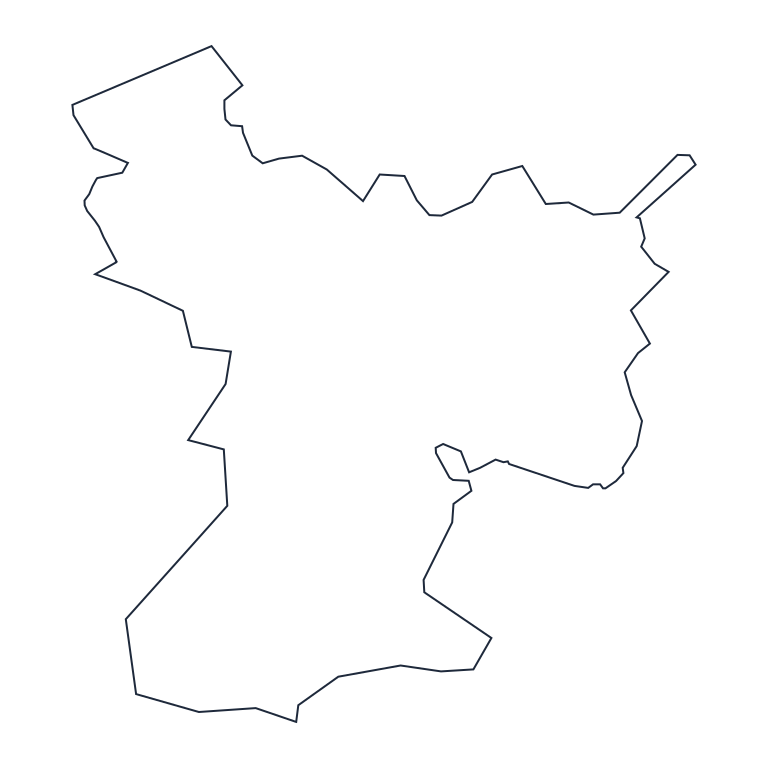 outline of Um Dam Haj Ahmed, North Kordufan, Sudan, rotated 90°
{"feature_id": "16777658B82514176386469", "entity_name": "Um Dam Haj Ahmed", "entity_type": "district", "adm_level": 2, "iso_a3": "SDN", "parent_name": "Sudan", "parent_adm1": "North Kordufan", "projection": "robinson", "projection_center": [30.757, 13.71], "detail": "fine", "context": "isolated", "style": "outline", "palette": "slate", "viewbox_px": 768, "rotation_deg": 90, "n_neighbors": 0, "source": "geoboundaries", "source_scale": "gbopen_adm2", "svg_char_len": 1599}
<svg xmlns="http://www.w3.org/2000/svg" viewBox="0 0 768 768"><g transform="rotate(90 384 384)"><path d="M274.2,672.8L289.9,629.5L290.1,629.1L290.5,627.8L305.3,596.7L310.8,585.1L346.9,576.2L351.6,537.1L384.0,542.4L440.1,579.8L449.4,544.2L505.8,540.7L531.2,563.4L568.5,596.8L619.2,642.2L694.1,631.9L712.0,569.1L708.1,512.3L717.7,484.2L721.8,472.2L721.9,471.8L705.2,469.7L676.7,429.7L665.5,367.4L671.4,327.0L669.4,294.6L638.0,276.6L592.3,343.7L579.9,344.4L522.4,315.8L503.9,314.5L490.8,296.6L480.8,299.3L480.0,315.0L477.6,318.5L453.1,332.0L447.8,332.3L444.0,324.9L451.4,307.1L472.3,298.9L467.8,287.9L459.6,272.4L462.2,264.5L461.4,260.2L464.0,258.9L485.9,193.5L487.9,179.8L484.3,174.9L484.3,167.9L488.3,165.0L488.3,162.5L481.0,151.9L473.1,144.6L467.8,145.3L446.1,131.3L421.0,126.0L395.1,136.9L372.3,143.3L353.1,130.0L343.6,118.1L310.4,137.1L271.9,99.4L263.8,113.3L246.7,126.8L238.4,123.3L218.3,128.1L217.4,131.4L164.7,72.4L155.3,78.4L154.9,90.5L212.7,148.3L214.6,174.6L202.5,199.3L204.0,222.2L166.0,245.7L174.5,275.9L201.9,295.8L215.6,326.5L215.1,338.6L200.3,351.2L176.0,363.5L174.5,388.3L201.1,405.0L169.5,441.2L155.7,465.9L158.6,489.0L163.3,505.3L155.6,515.7L132.8,525.0L126.2,525.9L125.3,537.0L119.5,542.5L108.9,543.6L100.3,543.6L85.3,525.6L46.1,556.5L104.9,695.6L115.2,694.5L148.3,674.4L148.3,674.2L153.8,661.2L162.8,640.4L162.9,640.1L172.7,645.7L178.1,670.8L180.0,672.1L186.5,675.6L194.0,678.7L194.2,678.8L199.6,682.8L200.6,683.5L205.4,683.3L211.0,680.8L220.7,673.1L226.9,668.9L237.2,664.4L261.5,651.5L261.8,652.0L262.3,651.8L274.2,672.8Z" fill="none" stroke="#1e293b" stroke-width="2"/></g></svg>